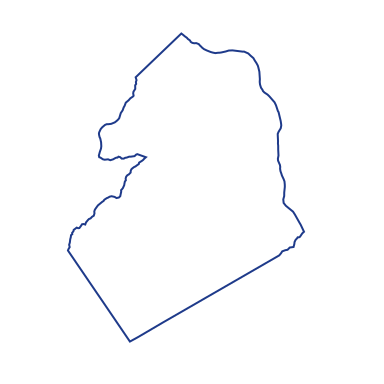 outline of Piçarra, Pará, Brazil, rotated 277°
{"feature_id": "56859067B84152157059317", "entity_name": "Piçarra", "entity_type": "district", "adm_level": 2, "iso_a3": "BRA", "parent_name": "Brazil", "parent_adm1": "Pará", "projection": "orthographic", "projection_center": [-48.935, -6.553], "detail": "fine", "context": "isolated", "style": "outline", "palette": "blue", "viewbox_px": 384, "rotation_deg": 277, "n_neighbors": 0, "source": "geoboundaries", "source_scale": "gbopen_adm2", "svg_char_len": 3048}
<svg xmlns="http://www.w3.org/2000/svg" viewBox="0 0 384 384"><g transform="rotate(277 192 192)"><path d="M36.0,148.6L41.1,155.7L59.3,179.5L89.7,219.9L108.9,245.4L139.7,286.3L142.0,287.8L144.1,288.8L145.6,291.7L146.3,293.9L148.8,295.8L149.8,299.5L152.8,299.9L154.9,299.9L157.2,300.7L158.8,301.9L159.9,302.4L160.0,303.6L160.7,304.6L164.4,306.5L166.2,308.0L172.7,303.9L174.8,302.3L182.0,297.0L184.8,294.7L187.0,291.2L188.0,289.6L189.8,286.8L192.3,284.3L195.8,283.5L199.2,284.0L202.8,283.6L208.4,283.5L210.6,283.2L213.8,282.5L215.9,281.4L219.4,279.2L220.8,278.6L223.4,277.3L225.8,276.6L227.7,276.5L229.5,276.0L233.6,273.6L235.4,273.2L238.7,273.4L244.5,272.4L248.5,271.9L250.6,271.4L252.9,271.2L258.2,270.3L260.1,270.0L262.0,270.5L263.2,271.0L266.0,272.3L268.8,272.5L270.3,272.2L273.2,271.4L281.8,268.2L282.8,267.4L288.3,264.8L291.1,263.0L296.4,257.1L297.9,255.1L299.6,251.7L300.9,250.1L302.0,249.5L303.9,247.8L307.0,246.4L309.5,245.8L312.3,245.6L319.6,244.2L323.9,242.6L325.5,241.9L328.0,240.1L330.1,238.3L332.4,236.6L334.6,233.3L335.6,232.0L336.4,230.9L336.9,229.2L337.7,226.6L337.5,225.3L337.5,215.0L336.9,211.3L336.1,209.5L335.6,208.4L334.0,203.9L333.6,202.3L333.3,200.5L332.7,198.3L332.9,195.7L333.2,193.6L334.3,189.4L335.3,186.4L336.6,184.3L337.4,183.4L338.3,182.1L339.6,180.7L340.3,178.1L339.9,176.1L340.0,174.6L340.3,173.5L340.9,172.4L342.1,171.6L342.8,170.4L343.5,169.1L344.4,168.2L345.7,165.8L346.9,164.0L348.0,162.1L307.1,128.7L299.0,122.1L296.3,123.3L294.3,122.9L292.5,123.4L291.0,122.6L287.4,123.1L284.5,121.7L282.8,121.6L280.4,122.3L279.4,121.6L277.5,119.4L275.3,117.9L272.6,115.4L269.3,114.6L267.7,113.9L264.6,113.2L261.7,111.7L256.5,110.8L255.1,110.0L253.4,108.6L251.7,106.9L249.8,103.5L249.1,100.7L248.9,99.1L248.0,97.5L245.3,95.0L243.3,93.7L239.9,92.6L238.7,92.5L237.4,92.8L235.2,93.6L234.0,94.4L230.3,95.7L226.4,96.4L224.1,96.4L220.4,95.6L216.8,95.1L215.2,95.7L215.0,96.9L213.6,99.6L213.4,101.4L214.2,104.7L213.6,107.0L214.8,109.7L216.3,111.7L216.9,112.8L217.1,113.9L218.1,114.7L217.8,116.5L216.6,118.1L216.8,120.2L217.8,121.5L218.2,123.0L219.4,125.3L219.6,126.9L220.6,130.6L222.3,132.0L222.9,133.1L220.9,142.0L219.2,140.5L218.0,139.7L216.8,138.5L214.7,135.9L213.3,135.8L211.6,133.9L210.4,132.7L209.9,131.7L208.3,130.0L207.2,129.1L205.7,128.6L203.8,128.7L201.7,127.1L200.8,125.8L199.2,124.8L197.4,124.5L195.5,124.9L194.3,124.1L191.8,123.9L190.6,123.9L189.0,123.4L187.4,122.9L186.1,122.1L185.2,121.4L183.6,121.7L180.5,121.4L179.1,121.3L177.6,120.1L176.8,117.8L177.7,115.8L178.0,112.7L177.3,110.8L176.2,109.4L175.5,108.1L173.6,105.9L172.3,105.3L171.4,104.2L167.3,100.3L165.9,99.5L163.5,98.2L162.4,97.7L160.7,97.4L158.9,97.8L156.5,97.4L155.2,95.8L153.4,94.5L152.7,93.1L151.6,92.2L148.9,90.5L146.7,90.0L147.0,88.3L146.6,86.8L144.2,85.6L142.5,84.6L142.2,83.4L142.6,81.9L141.2,80.5L140.0,79.2L138.6,79.1L136.8,78.0L135.5,78.3L134.4,77.2L132.3,77.2L130.3,76.9L128.4,76.9L126.9,76.9L125.8,76.7L124.6,76.5L122.4,77.3L120.1,76.3L118.8,76.0L107.5,85.9L79.8,110.2L75.5,114.0L36.0,148.6Z" fill="none" stroke="#1e3a8a" stroke-width="2"/></g></svg>